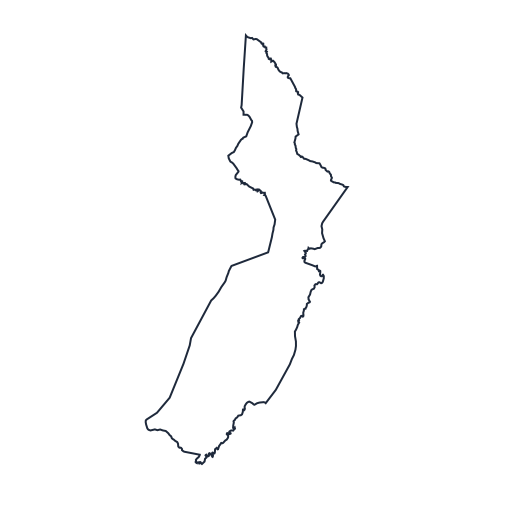 El Negrito, Yoro, Honduras (Robinson projection), rotated 11°
{"feature_id": "27666195B11241379941292", "entity_name": "El Negrito", "entity_type": "district", "adm_level": 2, "iso_a3": "HND", "parent_name": "Honduras", "parent_adm1": "Yoro", "projection": "robinson", "projection_center": [-87.687, 15.452], "detail": "fine", "context": "isolated", "style": "outline", "palette": "slate", "viewbox_px": 512, "rotation_deg": 11, "n_neighbors": 0, "source": "geoboundaries", "source_scale": "gbopen_adm2", "svg_char_len": 6076}
<svg xmlns="http://www.w3.org/2000/svg" viewBox="0 0 512 512"><g transform="rotate(11 256 256)"><path d="M204.0,41.4L208.1,73.8L213.1,110.6L213.1,113.2L216.2,116.5L216.8,119.7L220.5,119.1L221.6,119.5L223.1,120.6L225.5,123.5L226.3,124.1L226.7,125.4L226.1,129.5L224.2,136.2L223.6,140.4L221.0,142.2L220.7,142.7L220.5,143.5L220.0,143.7L219.1,144.8L217.2,149.2L216.7,151.5L215.7,153.6L215.1,156.3L214.4,158.2L212.5,159.6L209.7,162.8L210.6,165.3L212.5,167.8L213.0,168.3L214.6,168.8L216.1,169.7L220.5,173.8L221.1,174.6L222.7,176.1L222.7,176.6L220.7,180.4L220.6,181.9L220.9,183.4L221.2,183.8L222.7,184.3L224.4,184.4L226.0,184.0L227.1,185.7L227.9,185.2L228.2,185.3L228.1,187.0L228.7,186.4L229.8,187.3L230.3,187.3L230.5,187.1L230.3,186.8L230.4,186.6L231.2,186.4L231.4,186.6L230.8,187.6L231.0,187.9L233.1,187.2L236.0,189.1L240.3,190.3L241.0,191.5L242.4,191.0L243.3,191.6L244.7,191.7L244.2,190.8L244.4,190.4L245.0,190.7L245.3,191.9L246.0,191.1L245.8,190.4L246.1,190.1L248.2,191.2L248.4,192.7L248.9,193.3L249.2,193.2L249.0,192.2L251.0,192.6L252.5,192.3L252.5,192.9L253.0,193.4L252.5,194.6L253.4,194.6L254.1,195.2L267.9,216.6L268.2,221.4L267.8,224.6L268.1,227.1L267.9,230.7L268.0,234.5L267.3,248.7L267.2,250.1L233.9,270.4L233.7,270.8L232.2,276.0L232.1,277.8L231.2,282.4L230.9,286.0L230.3,287.8L227.9,293.1L226.1,298.3L224.0,302.8L222.4,305.6L220.5,308.2L207.9,349.0L208.0,356.4L205.4,375.6L198.3,411.6L188.7,428.8L179.9,437.3L179.2,438.4L179.4,440.1L180.3,442.4L182.2,445.9L182.9,446.6L183.7,447.1L185.7,447.4L189.8,445.5L192.5,445.8L195.0,444.6L197.8,445.0L200.8,445.0L203.7,446.7L205.4,448.3L207.1,449.2L208.2,451.0L209.3,451.6L210.5,452.0L211.7,452.8L214.2,453.7L215.2,455.0L216.1,457.9L217.4,458.8L218.6,458.5L219.2,458.7L220.2,459.6L220.4,460.7L221.9,461.5L222.9,461.8L238.7,461.8L238.7,462.5L238.1,464.3L236.5,466.3L235.9,467.7L236.3,468.7L236.0,469.7L237.0,470.5L237.5,470.6L237.5,470.2L237.7,469.9L239.5,469.3L239.8,470.5L240.1,470.5L240.4,470.1L240.3,469.0L240.5,468.9L241.1,469.1L242.0,470.2L242.6,470.5L244.7,467.6L244.7,464.7L245.8,463.3L245.8,462.9L245.4,462.2L244.5,461.3L244.6,461.0L245.1,460.5L246.9,461.9L247.3,461.7L247.8,461.3L247.9,460.8L247.4,459.2L247.7,458.6L248.1,458.4L250.1,459.8L251.4,461.4L251.7,461.5L251.9,460.7L251.8,459.9L250.6,458.3L250.6,457.5L251.0,457.2L252.5,457.9L252.9,457.7L253.1,456.7L252.7,453.5L254.0,451.9L255.2,453.1L255.6,452.9L256.0,449.6L257.1,447.3L257.4,446.3L257.6,446.1L258.5,446.3L259.4,445.7L261.0,443.0L262.3,441.8L263.1,439.9L263.2,439.0L263.0,438.0L262.7,437.5L261.3,436.5L261.3,435.6L261.9,435.3L263.5,436.1L264.9,435.3L265.0,435.1L264.9,434.8L263.4,434.2L263.3,433.7L263.5,433.2L264.9,432.0L267.0,431.7L267.5,430.4L268.3,429.5L267.8,428.4L267.0,429.4L266.6,429.4L266.3,429.0L266.0,426.7L266.0,423.7L265.5,422.6L265.6,422.1L266.5,421.0L267.0,419.3L268.3,418.0L269.1,416.1L271.5,415.2L272.5,414.1L272.8,411.6L272.5,409.2L273.0,409.0L273.8,409.5L274.1,409.0L274.2,408.1L273.6,406.4L273.6,405.5L274.2,403.6L275.1,401.8L276.4,400.6L277.3,400.2L280.5,401.2L282.1,402.2L282.9,402.3L285.2,400.3L287.4,399.2L291.4,398.0L292.8,398.1L293.6,398.6L301.0,383.6L309.9,355.9L310.9,350.2L312.1,346.0L312.6,340.4L312.4,336.7L311.5,332.3L309.6,327.3L308.6,322.7L309.3,320.8L310.0,317.9L310.2,315.6L311.0,313.2L310.2,312.8L310.1,312.4L310.3,312.2L309.8,311.8L309.7,311.2L310.5,310.7L310.1,309.7L311.0,308.5L311.7,306.3L312.6,305.9L313.4,306.6L313.9,306.3L313.9,305.1L313.2,302.8L313.4,300.3L313.2,299.1L314.7,298.2L314.6,297.7L315.2,296.4L315.3,294.8L315.1,293.3L316.4,291.9L317.4,291.3L317.7,290.7L315.8,288.4L315.5,286.9L315.3,286.5L316.4,283.5L316.5,280.7L316.9,278.8L317.5,278.1L319.1,277.0L319.5,275.4L319.0,273.8L319.8,272.3L321.4,272.0L322.3,270.1L322.9,269.7L323.5,269.7L325.1,270.3L326.0,269.7L326.5,268.5L326.8,265.1L326.4,262.8L325.4,261.6L325.1,261.7L324.8,262.9L324.5,263.3L323.6,263.4L322.9,263.0L322.3,261.9L322.2,259.5L321.9,258.4L321.4,258.2L320.6,258.8L319.9,257.6L318.5,257.1L317.8,254.0L317.5,254.1L316.8,254.8L315.9,254.9L313.0,254.3L305.8,253.2L304.9,252.8L304.4,251.7L304.9,249.7L304.8,249.2L304.1,248.9L302.4,249.3L302.0,249.0L302.4,248.0L304.3,247.4L304.7,246.7L304.5,246.1L303.8,245.1L304.3,244.2L304.4,243.6L302.5,241.8L303.0,241.5L305.2,241.3L305.4,240.1L306.0,239.1L306.0,238.0L307.2,238.7L308.3,238.0L310.8,237.9L312.3,238.1L315.0,236.4L317.1,235.9L317.8,235.1L318.2,234.2L318.0,232.2L318.1,231.7L318.7,230.8L320.2,229.4L320.8,228.4L318.9,225.7L316.5,221.0L316.0,217.3L314.6,214.2L314.7,211.3L315.3,209.5L332.8,170.8L330.8,171.1L329.3,171.0L328.9,170.8L328.2,169.8L327.3,169.5L324.6,169.2L323.2,168.7L320.3,169.0L319.5,168.7L318.4,168.9L315.7,168.0L315.2,167.7L315.1,167.0L315.6,164.8L314.4,163.3L314.0,161.9L312.6,160.8L311.8,159.5L311.0,159.1L310.2,159.5L309.8,159.4L307.9,158.2L307.4,156.9L307.0,156.7L305.6,156.5L304.5,156.6L303.4,156.3L301.3,153.6L300.6,152.9L297.4,153.3L296.2,152.8L293.4,152.4L291.1,152.5L289.4,151.9L286.2,151.2L284.7,151.4L282.6,149.7L282.0,149.7L281.8,150.0L281.4,149.8L281.1,150.0L281.0,149.6L279.9,149.3L278.9,148.6L277.0,147.9L276.2,146.2L275.2,144.8L275.2,143.4L274.4,142.3L273.7,140.1L272.9,139.2L272.6,137.9L272.0,137.3L272.3,133.1L272.1,131.2L274.6,128.5L273.0,125.3L272.4,123.2L271.5,121.5L270.5,118.4L271.4,91.6L267.9,89.5L266.7,89.5L266.5,89.3L266.1,88.6L266.1,87.1L265.5,86.7L264.4,86.8L264.0,86.6L263.5,84.6L262.3,83.3L262.2,82.8L255.8,75.0L254.9,75.2L253.5,75.0L253.2,74.8L253.0,74.4L253.1,73.4L253.7,72.4L253.5,71.7L253.0,71.3L252.4,70.9L250.7,70.7L249.9,71.1L249.0,71.1L247.3,71.6L246.2,70.8L245.5,70.8L244.1,70.3L242.6,69.0L241.2,67.0L240.4,66.6L239.5,66.6L239.1,66.3L238.6,65.2L239.2,64.9L239.1,64.3L237.2,62.2L235.6,61.1L235.0,61.4L233.9,62.3L233.5,60.3L232.8,59.3L232.5,59.4L231.8,60.3L230.9,60.1L230.4,58.9L229.3,58.0L228.7,57.1L228.3,55.6L227.3,54.6L227.7,53.4L226.4,53.0L226.9,51.2L226.5,50.3L226.3,49.4L225.2,49.5L224.7,48.7L223.8,49.0L223.3,48.8L223.0,47.8L222.5,47.4L222.8,46.5L222.6,46.1L221.0,46.4L220.6,46.0L220.5,45.4L215.4,43.0L214.3,43.0L212.2,43.9L210.6,42.7L209.2,43.2L206.3,42.8L205.4,42.5L204.0,41.4Z" fill="none" stroke="#1e293b" stroke-width="2"/></g></svg>